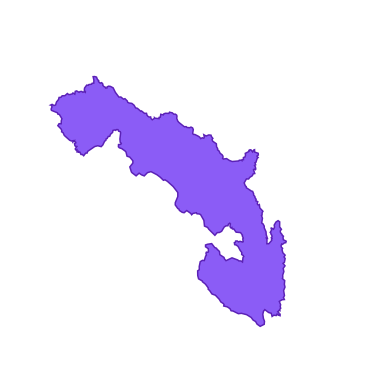 the district of Dien Bien, Điện Biên, Vietnam, rotated 147°
{"feature_id": "81297802B1284717956892", "entity_name": "Dien Bien", "entity_type": "district", "adm_level": 2, "iso_a3": "VNM", "parent_name": "Vietnam", "parent_adm1": "Điện Biên", "projection": "equal_earth", "projection_center": [103.057, 21.255], "detail": "fine", "context": "isolated", "style": "filled", "palette": "violet", "viewbox_px": 384, "rotation_deg": 147, "n_neighbors": 0, "source": "geoboundaries", "source_scale": "gbopen_adm2", "svg_char_len": 6084}
<svg xmlns="http://www.w3.org/2000/svg" viewBox="0 0 384 384"><g transform="rotate(147 192 192)"><path d="M208.0,42.2L203.5,41.7L201.6,44.1L201.0,47.0L199.2,50.9L197.0,53.0L195.0,53.7L193.4,49.2L191.6,47.1L192.6,44.0L190.5,44.1L188.6,42.5L187.1,43.3L186.8,41.9L185.5,40.3L184.7,41.5L185.4,41.8L184.9,43.6L185.3,44.9L183.4,45.3L182.9,44.6L182.3,45.8L181.0,46.1L180.2,48.2L179.1,49.1L178.4,52.7L175.2,52.6L173.1,51.5L172.7,53.8L170.9,54.7L168.8,59.5L165.8,61.6L164.8,64.3L162.5,67.2L163.3,70.2L162.3,71.0L161.2,72.9L158.3,75.2L157.1,78.3L154.2,79.4L154.5,82.6L152.8,82.7L150.1,85.5L150.2,87.4L148.3,88.3L148.9,91.6L147.9,94.6L146.7,95.4L147.1,97.2L146.5,98.5L145.1,99.5L144.7,98.8L142.1,99.0L141.0,98.4L139.8,99.4L141.4,102.3L140.2,104.6L139.4,105.1L139.9,106.8L139.6,107.4L139.9,109.2L139.7,110.5L139.0,111.4L137.3,112.0L137.5,115.0L134.7,119.2L135.4,121.1L137.9,121.1L141.1,119.5L141.9,117.6L143.9,116.4L144.9,118.5L145.4,118.6L145.9,116.8L148.4,115.5L148.2,114.6L148.7,113.7L148.6,112.4L149.3,110.8L150.4,110.5L150.3,109.3L151.0,109.2L151.5,108.0L155.8,106.8L157.4,107.9L155.1,111.1L154.8,112.8L154.0,112.1L153.0,115.8L151.6,118.3L150.9,122.7L150.0,124.0L149.8,126.6L150.4,128.1L147.2,131.6L146.5,134.5L145.8,134.5L144.4,136.5L143.0,137.2L143.8,141.7L142.4,144.7L143.1,144.7L143.8,145.7L143.5,146.8L142.1,148.1L143.2,149.7L142.2,151.0L142.2,153.2L141.7,154.0L142.0,155.8L141.3,156.9L140.8,159.5L141.7,160.5L144.1,166.0L143.6,166.9L143.9,168.2L143.3,171.2L139.3,173.3L137.4,172.1L135.7,172.8L132.5,172.8L130.8,173.9L129.3,173.3L128.3,177.2L127.3,177.3L126.7,176.2L126.0,176.5L125.2,178.4L125.1,180.2L123.8,180.1L123.2,182.3L122.2,182.1L119.3,184.5L117.7,185.0L118.2,185.9L117.9,186.8L116.2,186.9L115.4,188.4L117.7,191.4L116.5,193.4L117.5,193.6L119.3,192.6L119.6,195.2L120.4,195.9L121.3,195.4L121.7,195.8L122.3,195.0L126.3,195.4L127.1,193.7L128.5,192.5L130.1,192.9L131.2,191.1L132.3,191.8L133.0,191.1L133.2,191.8L135.1,192.9L135.9,192.6L141.7,195.7L143.4,198.0L144.8,201.2L147.8,202.6L148.0,203.6L146.9,204.4L146.5,205.4L146.5,207.0L147.3,209.0L147.0,212.2L147.6,213.4L146.8,214.6L146.8,216.5L145.3,219.2L147.0,223.4L146.5,225.2L145.3,225.6L145.5,228.0L145.1,229.3L146.8,230.7L149.7,231.3L150.9,233.6L151.8,231.3L152.8,230.7L153.9,231.9L155.6,232.0L155.7,233.9L156.5,235.7L158.3,238.7L159.5,239.6L159.5,240.8L156.9,243.7L156.6,245.5L157.5,247.0L159.0,247.2L161.1,248.9L161.3,250.0L162.9,250.9L165.1,257.5L165.3,259.3L164.7,262.1L163.3,263.8L163.0,264.8L163.5,266.3L164.9,267.2L165.4,269.1L167.4,271.2L168.6,270.5L171.4,272.5L173.0,272.9L174.0,272.3L175.9,274.2L177.8,272.0L179.0,272.5L179.7,271.5L182.8,274.0L183.0,274.8L183.4,274.2L186.0,274.2L186.4,275.8L185.8,277.5L187.1,278.2L187.8,279.6L187.9,280.8L187.3,282.8L189.0,283.8L190.2,287.5L191.0,287.6L192.2,291.9L193.5,293.3L193.3,296.3L194.2,299.1L196.2,300.8L197.1,302.2L196.7,303.6L197.4,306.8L198.9,307.2L199.9,310.4L201.6,311.4L202.0,317.3L201.4,322.3L202.9,325.0L204.3,326.2L206.0,326.4L206.6,325.6L207.8,326.2L207.7,327.3L208.4,328.3L208.7,330.0L208.0,331.0L208.2,332.9L209.7,333.3L210.3,335.5L209.6,336.2L210.0,338.0L209.5,340.4L210.7,341.8L212.1,342.6L213.4,339.2L215.1,336.8L216.6,337.6L217.5,337.1L220.1,338.3L220.9,338.0L222.1,339.0L225.5,337.7L226.9,336.0L226.8,334.1L227.2,333.7L227.7,334.9L229.2,335.0L229.7,336.4L231.2,337.2L232.4,337.1L233.7,339.6L235.1,340.0L237.0,337.9L237.9,339.9L238.9,339.5L241.3,340.2L242.4,341.0L242.9,342.5L246.1,342.0L248.5,343.4L250.4,342.8L252.0,343.7L253.5,342.3L256.6,341.3L259.0,339.3L260.6,339.7L261.6,341.7L263.2,341.9L262.6,341.2L263.1,339.6L265.0,338.3L265.4,337.0L261.7,331.7L262.1,330.4L261.0,329.2L261.2,324.3L262.8,323.0L264.5,320.5L266.3,321.7L268.4,320.7L267.5,316.3L267.7,314.5L268.6,313.5L267.8,311.9L268.3,309.0L266.4,302.0L265.3,300.4L263.8,299.8L264.6,298.8L262.5,299.0L262.9,298.4L262.4,297.1L262.7,296.5L264.2,296.6L264.9,294.8L264.9,293.9L263.8,292.9L266.5,291.7L266.4,290.2L265.5,290.1L266.5,288.4L265.2,288.2L265.0,287.7L265.6,287.2L264.3,286.4L264.7,284.0L263.5,283.1L263.1,281.4L260.1,282.5L258.7,281.8L257.4,282.9L248.8,283.1L245.8,282.1L243.5,279.5L241.2,280.0L237.6,282.2L236.2,282.2L235.1,283.3L234.0,283.1L232.0,284.2L230.7,283.5L228.9,284.8L226.2,285.2L224.7,286.7L222.8,286.0L222.4,285.2L221.4,285.5L220.1,284.6L220.4,283.0L219.3,281.6L219.6,280.5L223.6,275.7L225.1,272.9L224.8,271.3L225.8,270.8L227.8,271.8L229.1,270.0L228.9,268.7L227.2,266.5L225.7,262.5L225.6,261.4L227.0,257.4L225.2,255.2L224.6,250.4L225.8,248.5L230.5,246.9L231.9,241.9L231.8,240.8L230.1,236.0L226.1,236.6L225.0,233.9L223.3,231.5L218.8,232.5L215.3,231.4L212.0,225.6L210.6,221.8L209.6,217.4L208.0,216.9L206.8,214.3L204.8,206.8L204.2,199.3L206.4,195.9L211.8,192.2L213.1,190.3L212.9,185.8L212.3,184.8L212.6,183.4L211.3,180.3L209.9,178.9L206.5,179.3L204.7,174.7L204.7,173.1L202.8,173.5L199.6,172.2L199.7,171.0L197.8,169.6L197.1,168.3L197.5,161.7L200.1,156.6L198.2,153.8L198.2,151.7L196.4,143.2L193.0,144.2L191.0,143.1L188.6,142.9L184.0,145.1L182.0,145.1L180.2,144.1L179.0,145.2L177.3,145.3L177.1,144.4L178.8,142.6L179.1,141.0L177.9,140.5L178.4,140.0L178.2,138.9L177.1,138.3L176.9,134.3L173.4,131.5L173.2,128.3L173.7,128.0L174.1,125.4L174.9,125.1L176.1,122.5L176.7,122.4L178.6,124.5L180.1,124.8L180.8,126.4L182.2,127.1L183.3,126.1L184.1,126.4L184.9,124.6L183.8,123.5L183.0,121.3L183.4,116.9L183.2,114.2L184.4,112.5L183.6,110.8L183.8,109.6L184.8,109.4L187.8,105.8L188.4,107.4L190.3,108.8L190.6,110.0L194.3,115.0L200.9,115.9L201.2,118.2L200.8,119.7L202.8,124.3L201.5,126.8L201.5,128.2L202.1,129.9L202.1,131.5L203.2,133.1L203.6,138.0L207.6,139.8L209.5,140.2L210.5,138.7L209.2,135.6L210.8,132.9L211.5,132.8L212.7,133.7L213.6,133.1L214.4,131.1L215.4,130.9L219.0,127.8L220.5,129.0L223.0,129.1L226.5,125.6L228.2,122.9L230.2,122.8L232.7,118.8L233.8,115.6L231.8,111.7L232.1,111.0L230.9,107.4L230.6,102.8L231.4,101.6L230.9,99.9L230.8,95.6L228.6,92.7L227.6,87.3L227.7,84.1L226.5,81.4L226.4,80.2L227.5,79.1L225.0,76.5L223.7,73.5L223.9,71.1L222.4,69.8L219.4,64.7L216.6,63.3L213.0,59.4L210.7,54.6L210.5,51.3L209.2,48.7L209.4,45.8L208.0,42.2Z" fill="#8b5cf6" stroke="#5b21b6" stroke-width="1.5"/></g></svg>